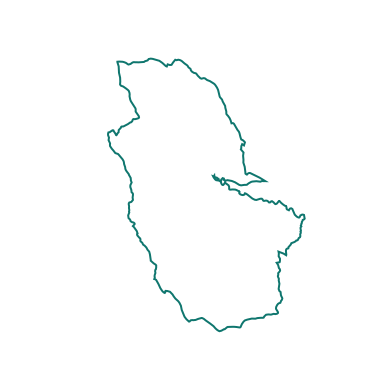 outline of Quetame, Cundinamarca, Colombia, rotated 141°
{"feature_id": "7082276B8666631490654", "entity_name": "Quetame", "entity_type": "district", "adm_level": 2, "iso_a3": "COL", "parent_name": "Colombia", "parent_adm1": "Cundinamarca", "projection": "equal_earth", "projection_center": [-73.872, 4.33], "detail": "fine", "context": "isolated", "style": "outline", "palette": "teal", "viewbox_px": 384, "rotation_deg": 141, "n_neighbors": 0, "source": "geoboundaries", "source_scale": "gbopen_adm2", "svg_char_len": 6026}
<svg xmlns="http://www.w3.org/2000/svg" viewBox="0 0 384 384"><g transform="rotate(141 192 192)"><path d="M276.1,148.1L275.5,147.3L275.2,146.2L276.0,141.5L277.1,137.2L277.4,134.2L277.4,133.0L277.0,131.2L276.7,130.7L276.0,130.8L275.4,131.6L274.8,131.8L273.5,130.6L271.9,128.3L271.6,124.6L271.9,122.4L272.0,119.7L271.4,115.7L271.5,113.8L272.2,110.6L274.2,106.8L276.3,99.8L276.4,96.6L275.9,93.2L275.4,92.9L273.8,93.1L272.5,92.4L271.7,91.6L269.7,90.3L267.1,89.5L263.9,88.1L263.4,87.6L262.7,86.1L262.1,83.3L260.7,78.4L259.7,74.2L259.6,71.2L259.2,68.8L258.6,67.2L258.2,66.5L256.4,65.7L253.4,65.2L253.0,64.8L249.6,64.8L249.1,64.6L244.5,61.1L242.4,59.1L240.3,56.8L239.8,56.5L239.2,56.5L236.3,58.0L233.5,58.8L231.7,58.9L229.3,58.0L225.2,56.0L222.4,53.6L220.6,52.9L217.8,51.0L215.9,49.5L215.2,49.3L214.3,49.8L211.7,50.0L209.7,48.8L207.8,47.0L205.2,45.9L204.0,44.6L202.6,43.9L201.5,43.8L200.9,44.3L200.7,44.9L200.3,48.1L199.9,48.8L198.9,49.7L196.9,50.6L195.5,50.9L194.4,50.8L193.1,50.3L191.2,51.4L190.1,51.6L188.9,52.3L188.5,53.1L188.2,54.7L187.7,56.1L186.1,58.5L186.4,60.0L185.7,62.1L181.8,65.7L180.3,68.6L179.1,69.9L178.5,72.1L178.1,72.7L177.1,73.3L176.1,74.7L173.7,75.1L172.8,75.7L172.3,76.9L172.3,78.2L171.0,81.1L170.7,83.7L168.1,82.3L167.1,83.0L165.6,84.8L165.1,87.5L163.1,89.7L162.3,91.2L159.6,86.5L158.6,83.6L158.2,83.9L156.1,87.1L155.2,87.9L154.5,88.2L154.0,88.2L152.6,87.6L151.8,88.4L148.3,89.0L147.0,89.7L144.0,88.7L142.4,88.5L141.5,88.7L140.4,88.1L139.7,88.2L138.1,89.0L136.5,88.9L135.6,89.5L134.5,91.1L133.1,91.8L132.5,93.1L131.8,93.2L130.7,95.2L130.3,95.8L129.7,96.2L128.7,96.4L128.5,97.5L127.5,97.9L126.9,98.6L126.1,98.8L125.5,99.6L123.9,100.2L123.5,100.6L122.0,100.2L121.2,100.4L119.4,103.7L120.0,104.6L120.7,105.2L121.3,105.2L122.4,105.6L124.2,104.7L124.8,104.7L125.4,105.3L126.1,107.0L126.4,109.7L125.2,114.0L124.7,115.6L125.1,116.8L126.0,117.4L126.5,117.4L128.2,116.8L129.1,118.7L129.0,119.5L128.2,120.7L127.7,121.9L128.5,122.9L129.2,125.5L129.6,127.7L129.7,130.0L130.1,130.3L133.3,129.6L134.3,129.8L134.8,130.1L135.0,130.7L135.1,132.6L135.6,134.5L136.3,134.9L137.6,134.7L138.5,135.2L138.8,135.6L138.7,136.5L139.2,138.0L139.9,138.8L141.4,139.6L142.0,140.2L142.0,140.9L141.8,141.9L142.0,142.9L143.2,143.8L147.0,145.3L148.1,146.5L149.2,148.9L150.6,155.2L151.3,157.2L151.8,157.7L152.9,157.0L154.3,157.5L155.0,158.2L155.9,159.7L156.1,161.0L155.9,161.6L155.0,162.1L154.9,163.1L155.2,163.3L156.2,165.6L156.9,166.7L158.9,168.5L160.6,169.6L161.2,170.2L161.3,170.6L161.1,171.1L159.9,172.6L159.4,174.1L160.5,178.6L160.9,178.3L163.2,177.8L163.7,178.1L164.0,178.8L164.0,179.2L163.7,180.6L163.3,181.3L163.3,182.6L163.9,183.9L165.8,186.0L166.1,187.3L166.0,189.7L165.7,191.0L165.4,190.5L164.3,190.8L164.7,190.2L164.7,189.8L164.8,188.9L164.6,188.5L163.8,187.7L163.9,187.3L163.8,186.8L163.6,186.7L163.7,186.3L163.1,185.6L163.9,184.5L162.4,182.4L161.5,183.1L161.1,183.3L160.0,183.3L159.5,183.5L159.2,183.1L158.8,182.4L159.6,181.5L159.1,181.2L159.1,179.6L158.3,179.5L156.9,178.8L154.1,175.5L152.4,172.4L150.8,167.8L149.7,166.3L146.7,164.5L144.9,163.1L142.6,163.1L139.6,162.6L138.5,162.1L135.2,159.9L132.4,157.0L130.8,156.5L128.2,154.3L130.4,160.5L134.8,170.0L135.2,170.5L135.8,170.9L137.4,171.2L138.4,171.0L138.6,171.4L138.9,172.4L138.7,173.0L138.2,173.6L135.2,178.4L133.6,182.5L131.7,184.7L129.5,188.0L127.1,190.3L127.2,194.4L126.4,194.8L124.8,196.6L122.9,197.6L122.3,195.5L119.6,197.3L119.6,198.4L120.0,200.7L120.6,201.5L120.6,202.1L119.8,204.2L118.1,207.8L117.6,209.4L117.6,211.6L116.5,218.4L116.6,219.3L117.0,219.9L118.1,220.5L116.9,223.4L116.3,225.6L116.1,228.4L116.2,229.4L116.2,230.9L115.9,231.4L114.6,233.1L113.1,236.5L112.1,238.0L111.2,243.0L110.5,244.9L110.6,248.0L110.4,248.8L107.5,254.9L106.9,257.3L106.6,260.1L106.6,261.4L106.8,262.5L108.3,266.9L109.8,269.5L110.5,272.3L111.5,273.3L113.2,274.0L113.9,275.1L114.3,278.6L114.2,281.4L114.6,282.2L115.6,283.5L116.3,285.6L116.3,287.3L116.0,287.8L115.7,288.7L116.3,291.1L116.0,292.7L116.1,293.7L116.9,296.6L117.6,300.5L118.4,302.2L119.5,303.5L121.0,304.1L121.8,305.3L125.1,304.6L127.9,303.7L129.4,304.7L130.6,306.5L132.6,305.4L133.1,306.3L133.8,311.0L134.8,314.5L138.7,320.1L140.1,321.6L142.0,322.6L143.7,322.2L146.2,323.2L147.5,323.3L151.8,326.3L155.9,329.8L157.1,330.1L159.2,330.2L161.1,331.0L161.4,331.5L162.1,334.0L163.1,335.7L163.9,336.8L166.4,339.1L168.0,340.2L168.3,339.8L169.9,335.8L173.7,330.6L175.9,326.1L178.3,322.9L180.2,320.9L180.3,320.5L180.3,319.3L179.1,317.3L178.2,314.2L177.6,311.6L177.5,310.4L178.2,308.4L179.0,307.1L180.3,305.7L181.9,302.6L182.4,300.9L183.3,292.7L183.6,291.9L185.2,289.9L185.6,284.5L186.2,283.3L187.0,283.0L188.9,283.7L190.5,284.5L191.7,285.6L192.7,285.4L194.0,284.6L195.4,284.5L196.2,284.9L199.1,285.1L204.0,286.1L205.6,287.2L206.0,287.2L206.8,286.7L209.6,286.3L210.0,286.2L211.5,284.6L212.9,284.5L214.3,283.8L215.1,283.8L215.2,284.1L214.8,285.5L214.6,288.1L214.3,289.3L214.6,289.8L215.5,290.1L216.1,289.9L217.1,290.3L218.2,290.2L219.5,290.9L220.7,290.0L221.5,288.9L222.3,286.5L224.2,284.8L225.1,281.3L226.1,280.3L226.8,279.2L227.1,276.1L227.0,273.7L227.1,270.5L225.7,268.3L225.5,267.8L225.4,261.1L225.7,259.2L226.2,258.0L227.2,256.4L228.3,253.4L229.2,252.0L229.6,250.8L229.8,249.2L229.9,245.7L230.2,245.1L230.8,241.5L232.3,239.3L232.9,237.4L235.6,236.1L236.8,234.7L237.8,231.9L239.1,229.8L238.9,228.3L239.1,227.7L239.7,226.9L241.6,225.1L242.9,223.0L245.2,222.5L245.8,222.6L247.3,223.3L248.2,223.0L248.8,222.4L250.0,220.3L251.0,219.3L252.2,217.3L253.4,216.3L253.6,215.6L256.3,214.0L257.3,212.4L257.8,211.4L257.5,210.2L257.6,209.2L258.1,207.9L257.6,206.3L256.6,205.0L256.4,203.9L256.5,203.5L256.9,203.1L259.4,202.7L259.2,201.5L259.5,196.5L260.4,194.0L261.2,193.9L261.8,192.7L261.7,189.6L261.5,188.5L261.9,187.6L262.7,186.8L263.0,186.0L262.6,183.9L263.1,181.8L262.6,180.2L262.4,177.6L262.9,175.1L262.8,172.6L263.9,170.1L267.0,164.9L267.3,164.6L266.7,160.7L266.0,158.5L266.0,157.5L267.4,155.8L268.7,154.7L269.2,154.7L270.4,153.8L271.4,152.1L273.3,150.9L274.2,150.0L274.6,149.1L276.1,148.1Z" fill="none" stroke="#0f766e" stroke-width="2"/></g></svg>